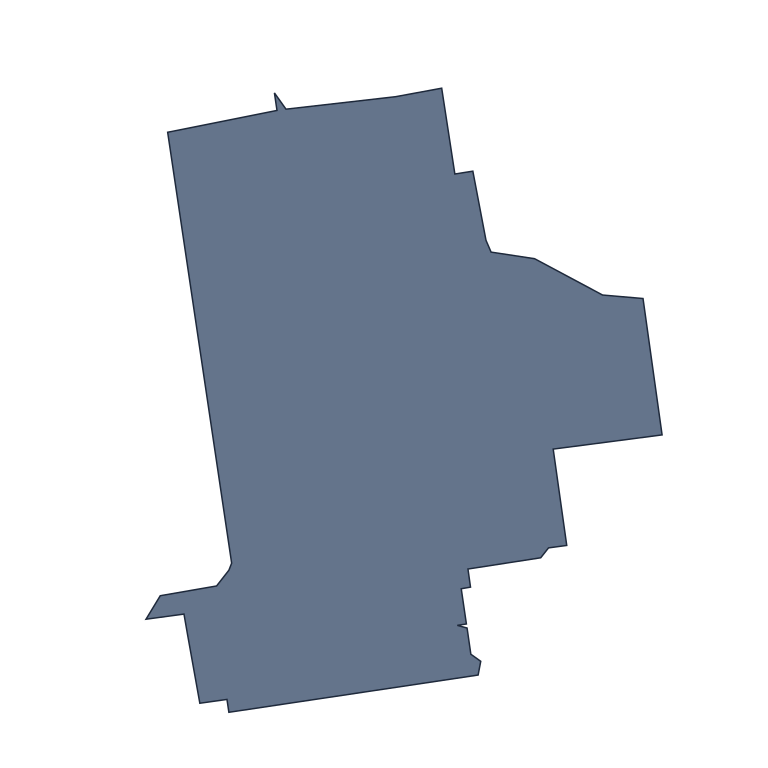 Bullock, Alabama, United States of America, rotated 262°
{"feature_id": "52423323B93681408672805", "entity_name": "Bullock", "entity_type": "district", "adm_level": 2, "iso_a3": "USA", "parent_name": "United States of America", "parent_adm1": "Alabama", "projection": "natural_earth1", "projection_center": [-85.782, 32.093], "detail": "fine", "context": "isolated", "style": "filled", "palette": "slate", "viewbox_px": 768, "rotation_deg": 262, "n_neighbors": 0, "source": "geoboundaries", "source_scale": "gbopen_adm2", "svg_char_len": 633}
<svg xmlns="http://www.w3.org/2000/svg" viewBox="0 0 768 768"><g transform="rotate(262 384 384)"><path d="M162.8,154.6L93.5,157.2L93.5,184.6L80.5,184.7L81.7,322.3L82.7,436.7L95.9,441.2L104.3,432.4L130.8,432.3L134.8,423.0L134.9,432.2L170.5,432.0L170.8,441.4L189.1,441.4L190.1,515.0L198.8,524.1L198.7,542.5L296.0,542.5L294.9,652.3L432.6,652.4L441.7,612.8L487.1,550.6L499.7,508.4L512.1,505.0L582.4,501.6L582.1,483.4L668.9,482.3L666.9,435.5L669.8,325.2L687.5,316.0L669.8,316.1L663.4,204.8L227.8,208.2L221.2,204.5L207.3,190.1L205.5,133.0L184.2,115.6L184.0,153.9L162.8,154.6Z" fill="#64748b" stroke="#1e293b" stroke-width="1.5"/></g></svg>